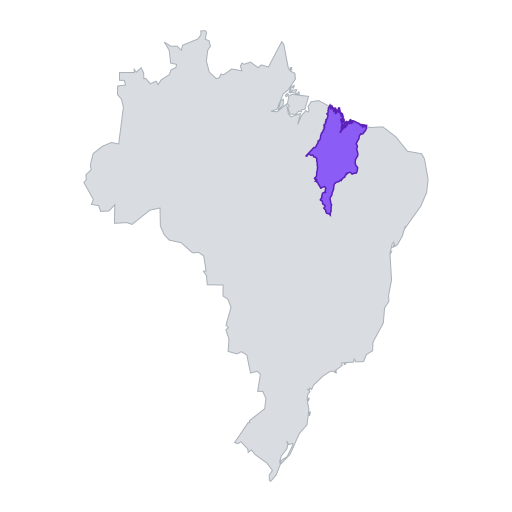 location of Maranhão within Brazil
{"feature_id": "BRA-593", "entity_name": "Maranhão", "entity_type": "State", "adm_level": 1, "iso_a3": "BRA", "parent_name": "Brazil", "parent_adm1": "", "projection": "equal_earth", "projection_center": [-45.076, -5.686], "detail": "fine", "context": "in_parent", "style": "filled", "palette": "violet", "viewbox_px": 512, "rotation_deg": 0, "n_neighbors": 0, "source": "natural_earth", "source_scale": "10m", "svg_char_len": 9688}
<svg xmlns="http://www.w3.org/2000/svg" viewBox="0 0 512 512"><path d="M145.7,78.4L150.4,83.8L156.2,81.2L158.1,84.7L161.3,79.7L169.3,74.7L171.0,70.0L176.1,67.3L176.5,64.3L170.7,63.2L169.2,50.3L164.3,42.1L171.0,46.3L177.0,46.1L181.3,50.2L182.6,45.2L197.7,39.1L201.0,34.8L200.8,30.9L205.3,30.7L206.6,32.6L205.2,39.1L209.1,40.9L210.4,46.2L207.7,50.3L206.4,61.0L209.3,72.2L216.3,78.6L219.4,77.6L221.0,74.0L223.7,74.8L231.7,69.0L241.9,70.8L240.4,66.1L242.0,63.0L244.0,64.3L250.6,62.1L258.1,67.7L261.3,64.9L268.4,67.0L281.7,41.7L283.8,44.3L288.2,67.6L290.4,71.2L294.9,73.2L295.4,79.1L287.8,90.3L283.2,93.9L277.0,109.2L271.0,111.3L277.3,111.7L286.6,104.0L288.4,113.8L290.9,116.8L300.5,113.5L297.7,124.5L301.4,115.7L305.9,110.6L308.0,112.1L309.0,110.5L308.1,106.5L311.1,101.7L318.6,100.6L334.5,109.0L335.7,113.3L337.9,110.3L341.6,113.6L342.6,117.3L340.7,119.8L341.5,121.1L343.5,118.7L344.0,121.0L342.2,123.5L341.0,131.0L343.5,127.9L345.4,122.3L345.7,126.3L352.8,121.1L369.6,127.5L382.9,126.9L396.0,137.0L407.4,151.2L421.7,153.8L424.5,159.0L428.1,179.4L426.6,192.6L420.9,206.0L405.3,227.9L405.3,226.1L402.3,236.1L397.4,244.8L395.2,246.1L393.5,242.2L392.1,244.2L390.0,253.5L391.5,280.1L388.6,295.3L388.9,301.4L384.6,307.8L383.3,323.0L373.0,342.1L372.6,350.8L366.5,354.4L363.6,361.6L355.8,361.9L354.2,359.1L353.6,362.1L341.6,362.9L342.2,365.3L334.6,371.3L330.3,371.3L322.8,376.2L313.4,385.3L311.6,389.6L309.9,387.9L309.3,389.9L307.2,389.0L310.0,391.6L307.8,394.4L307.1,399.1L308.9,409.5L307.0,424.8L299.3,433.6L290.0,454.4L281.0,463.7L280.8,460.6L287.1,456.7L292.6,445.4L292.7,443.4L288.9,444.6L286.6,441.0L287.8,444.6L286.9,448.8L281.4,455.7L279.7,461.2L280.3,464.3L276.3,474.8L270.7,481.3L269.4,480.3L269.2,475.1L272.4,470.4L266.9,463.1L255.1,454.6L251.4,449.9L248.2,452.4L247.8,449.1L241.0,441.7L237.9,443.7L234.6,442.6L248.1,422.6L249.7,422.7L249.4,420.7L264.7,408.7L265.9,398.6L262.8,391.4L257.7,391.4L260.4,374.1L257.1,371.4L250.5,373.0L246.8,354.9L241.2,351.7L237.1,353.9L228.1,351.4L229.0,339.4L225.9,329.8L228.4,327.7L226.0,325.0L231.0,307.3L227.9,299.2L223.0,296.0L223.1,285.0L207.3,284.8L206.5,275.6L203.4,271.2L206.1,271.0L203.7,255.9L198.7,252.4L192.5,252.8L181.1,242.7L169.2,240.1L164.1,234.6L160.4,226.0L160.0,208.0L149.7,210.2L132.1,224.4L126.8,222.6L114.5,223.3L114.8,204.7L108.9,211.0L100.6,211.4L98.7,205.6L91.4,204.4L93.4,199.5L83.9,182.5L86.3,179.6L85.9,174.8L91.2,169.6L90.3,165.3L93.1,153.7L102.2,146.4L111.4,142.5L118.7,144.0L123.4,107.1L121.4,99.0L117.5,94.6L117.7,86.0L125.6,85.1L124.2,80.4L119.5,80.3L119.5,72.6L134.3,72.5L134.1,69.3L136.4,72.1L141.1,67.8L143.6,72.7L143.9,78.8L145.7,78.4ZM292.3,94.3L308.6,96.4L304.8,109.4L301.8,109.7L301.2,111.9L298.8,110.9L296.2,114.2L290.0,114.1L287.8,107.6L289.4,106.0L287.5,103.7L288.8,96.1L292.3,94.3ZM278.3,109.9L280.8,100.6L283.4,99.3L283.2,105.0L278.3,109.9ZM296.8,89.7L295.2,93.2L291.5,92.4L292.1,90.2L296.8,89.7ZM291.2,85.9L290.6,93.0L289.0,92.3L291.2,85.9ZM299.4,94.2L297.0,94.6L296.0,94.0L298.9,91.9L299.4,94.2ZM288.7,94.5L286.3,96.8L285.3,95.6L287.0,93.5L288.7,94.5ZM293.1,88.2L292.0,86.8L294.0,85.3L294.1,86.7L293.1,88.2ZM291.8,69.9L290.5,70.2L290.2,67.6L291.5,67.5L291.8,69.9ZM309.5,415.9L309.0,413.7L310.0,411.8L310.4,412.4L309.5,415.9ZM336.0,370.5L336.3,372.9L334.7,372.4L336.0,370.5ZM308.5,400.6L307.8,399.4L308.9,398.0L309.2,398.6L308.5,400.6ZM343.1,126.3L342.1,129.0L343.1,125.2L343.1,126.3ZM394.3,246.5L392.7,247.3L393.7,245.2L394.3,246.5ZM345.9,363.8L344.3,364.6L344.0,364.2L345.0,363.1L345.9,363.8ZM391.6,251.3L390.9,252.8L390.6,251.8L391.6,251.3ZM338.7,108.0L338.8,109.4L338.4,109.2L338.7,108.0Z" fill="#d9dde1" stroke="#a8b0b8" stroke-width="1"/><path d="M328.6,107.5L329.3,106.7L329.3,107.3L329.5,107.2L329.4,106.5L329.9,105.4L330.1,106.1L329.9,106.5L330.2,106.5L329.8,106.6L329.7,107.1L330.3,107.7L330.9,105.5L331.0,106.0L330.6,106.8L330.6,107.3L330.8,106.7L330.9,107.2L330.6,107.8L330.9,107.5L330.8,108.2L331.0,108.0L331.2,107.2L331.3,107.9L331.1,108.1L331.4,108.7L331.4,108.0L331.7,108.1L332.2,106.4L332.4,106.7L332.1,107.8L332.5,107.2L332.8,108.0L332.6,109.1L333.1,109.0L333.2,108.1L333.5,108.1L333.4,108.7L333.8,108.0L333.7,109.0L334.0,108.5L333.9,109.7L334.9,108.3L334.6,108.3L334.9,108.2L334.9,108.9L334.4,109.1L334.3,110.3L334.1,110.2L334.0,110.3L333.8,110.6L334.1,110.4L334.1,110.8L334.5,110.7L334.5,111.3L334.6,110.2L334.8,109.9L334.7,110.3L335.0,110.0L335.4,108.6L335.7,108.5L335.9,109.7L335.1,110.5L335.5,110.4L335.0,111.4L335.1,111.7L335.2,111.3L335.6,111.7L335.3,113.1L335.7,113.6L336.6,112.8L336.4,111.7L337.1,110.5L337.3,110.8L337.8,110.3L337.8,110.5L337.6,110.5L337.9,110.5L338.0,109.9L338.1,110.4L338.5,110.6L338.6,111.0L338.4,110.9L338.8,111.3L338.4,111.7L338.4,111.9L338.8,111.8L339.0,110.7L339.7,109.8L339.9,110.5L339.3,111.3L339.3,111.9L339.0,111.9L339.3,112.5L339.1,112.6L339.3,112.5L339.6,111.9L339.9,112.4L340.1,112.3L339.9,112.1L340.0,111.5L340.2,112.2L340.3,111.9L340.4,112.1L340.3,113.1L340.6,113.4L340.1,113.8L340.5,113.6L340.6,113.4L340.5,113.1L341.1,113.3L340.2,114.4L340.9,114.1L341.4,114.4L341.6,113.3L342.1,113.6L341.6,114.8L341.9,114.6L342.1,114.8L342.3,114.4L342.3,115.0L342.6,114.6L342.7,114.8L342.2,115.5L342.8,115.4L343.1,116.6L341.9,117.1L343.0,117.2L342.0,118.5L341.7,118.5L342.2,118.6L341.6,119.4L341.1,119.5L341.3,119.8L340.7,119.7L340.1,120.0L341.0,119.8L341.2,120.2L341.5,119.9L341.0,121.4L341.5,120.9L341.5,121.7L341.6,121.8L341.8,119.9L343.0,118.4L343.3,118.4L343.9,119.0L344.2,120.6L343.9,121.4L343.2,121.4L342.9,121.0L342.5,121.3L342.3,121.6L342.9,121.3L342.8,122.6L341.6,123.7L342.6,123.0L341.8,124.9L341.6,126.8L341.3,127.5L341.3,128.5L341.9,128.8L341.9,129.1L341.0,130.6L340.5,130.9L340.7,131.9L340.4,132.1L340.7,132.2L340.8,131.0L341.6,130.7L343.6,127.9L344.2,124.1L344.3,124.5L344.3,122.9L344.6,123.0L344.8,123.5L344.8,122.4L346.7,121.4L347.1,121.9L346.5,122.1L346.8,122.2L346.9,122.7L347.0,122.2L346.9,123.2L346.3,123.7L346.4,123.8L346.2,124.6L345.8,124.9L345.5,124.6L345.6,124.9L344.4,126.0L344.5,126.5L344.6,125.9L344.8,126.6L345.1,125.7L345.4,126.1L345.7,125.7L345.8,126.2L345.4,126.7L345.6,127.0L346.5,125.5L346.8,125.7L346.6,126.2L347.2,124.4L347.6,123.9L347.8,124.1L347.7,123.8L348.0,123.1L348.4,124.2L348.4,123.4L349.6,122.9L349.8,122.3L349.8,123.3L350.4,123.1L350.2,122.6L350.5,122.3L350.3,122.7L350.6,122.6L351.3,123.0L351.4,121.8L351.8,123.1L352.1,122.8L352.2,123.2L352.1,122.4L352.5,122.4L352.1,121.9L352.6,122.1L351.9,121.4L352.1,120.8L352.6,120.7L354.4,121.2L357.8,123.1L358.8,123.3L359.9,124.6L360.7,124.6L360.5,125.2L361.0,125.6L361.3,125.3L362.7,125.7L362.6,126.3L362.9,126.2L362.9,126.6L363.2,126.2L364.3,126.2L364.3,126.5L364.9,126.3L365.5,126.6L365.5,125.8L364.9,125.3L366.6,125.4L366.1,126.6L366.6,128.0L365.4,130.6L364.9,131.3L364.0,131.7L364.1,132.1L363.1,133.7L361.0,134.2L360.6,133.9L359.1,136.5L359.1,137.9L358.6,139.3L357.6,140.7L357.1,142.1L356.2,143.2L356.5,144.8L357.1,145.2L357.4,146.3L357.1,147.7L356.6,148.2L356.8,149.1L356.6,149.6L357.4,151.4L357.9,154.4L357.5,156.3L356.9,157.0L355.7,159.3L355.3,159.6L355.4,160.7L355.2,161.4L355.2,163.2L355.6,164.3L355.5,164.8L356.5,166.3L357.5,167.1L357.6,168.3L357.4,168.6L357.4,169.8L356.8,172.2L356.2,173.1L354.9,173.3L354.4,173.0L352.4,174.1L351.9,174.0L351.2,173.0L350.2,172.4L349.0,172.5L347.9,173.1L347.6,172.9L346.9,173.3L346.8,173.9L346.4,173.8L346.5,174.2L345.9,174.6L345.5,175.7L345.1,176.0L344.7,177.2L343.0,178.1L341.5,179.9L341.2,180.6L340.2,180.2L339.4,181.2L338.5,181.7L336.1,182.4L334.4,183.9L334.2,184.4L333.8,186.2L333.5,189.6L332.1,192.9L332.0,194.4L331.7,194.7L331.8,194.9L331.4,196.0L330.4,197.1L330.0,198.5L330.6,201.7L330.6,203.1L331.5,204.4L331.6,205.0L331.2,205.9L331.0,211.4L330.7,211.7L330.7,212.4L330.2,213.5L330.3,215.1L329.0,213.8L326.8,213.4L325.7,211.5L325.7,210.5L325.5,209.8L323.9,208.4L324.0,207.6L324.5,207.3L325.1,206.1L325.1,205.6L322.7,203.9L322.4,201.7L322.0,200.8L321.5,200.4L320.7,200.4L320.3,199.9L320.5,199.3L321.9,197.5L321.7,196.5L322.5,193.3L323.5,192.6L325.5,192.4L325.0,191.5L325.3,191.1L325.3,189.7L325.7,188.7L325.5,187.4L324.5,186.6L322.1,187.3L321.3,188.1L320.8,188.2L318.9,184.8L318.5,184.6L318.2,183.5L317.4,182.3L316.9,182.2L316.6,181.2L315.8,181.2L316.7,180.5L316.7,179.5L315.8,179.1L315.3,179.6L314.5,178.2L315.0,177.7L315.4,177.8L316.6,175.7L316.7,172.4L317.4,169.8L317.4,168.2L317.7,167.4L317.2,165.3L317.3,162.6L316.7,161.1L316.8,159.2L316.6,158.5L316.2,157.9L314.6,156.9L313.6,156.8L313.3,155.6L313.0,155.3L312.2,155.0L311.2,155.4L309.2,154.2L307.8,154.5L306.8,156.2L306.2,155.9L305.6,156.4L313.9,147.5L315.1,147.6L315.8,146.9L317.0,144.3L317.7,143.4L318.2,141.2L318.4,141.4L320.3,138.9L320.7,135.3L321.2,134.8L321.4,133.3L322.0,132.5L322.5,132.4L323.0,130.9L323.4,130.6L323.3,130.3L323.6,130.3L324.1,128.5L324.1,127.3L324.3,127.4L324.3,127.0L324.7,126.8L323.9,125.4L323.9,125.2L324.4,124.4L325.1,124.2L325.4,123.2L325.9,122.9L325.9,121.5L326.1,121.0L325.8,121.1L326.1,120.5L326.0,119.6L326.5,119.6L327.3,118.3L327.9,115.8L327.9,114.5L327.7,114.2L327.1,114.3L326.9,113.6L327.7,113.3L328.0,112.8L328.2,111.6L328.0,110.5L328.6,108.9L328.3,108.4L328.6,107.5ZM343.1,125.0L342.8,126.6L343.1,126.1L343.0,127.9L342.1,129.2L342.4,127.6L342.3,126.2L342.5,125.5L343.1,125.0ZM350.7,119.7L350.9,120.0L350.6,121.4L349.7,121.6L349.9,120.1L350.7,119.7ZM339.5,108.0L339.6,108.7L339.3,108.4L339.5,108.7L338.9,109.4L338.4,109.3L338.4,108.6L338.5,108.6L338.6,109.0L338.8,107.9L339.5,108.0ZM364.6,125.0L364.7,125.5L364.2,125.7L364.1,125.0L363.4,124.7L364.6,125.0ZM348.8,122.7L348.7,121.7L348.9,121.5L349.0,122.1L349.4,121.8L349.5,122.0L349.4,122.5L349.1,122.7L348.8,122.7ZM362.7,124.9L363.7,125.4L364.1,125.8L362.8,125.4L362.7,124.9ZM350.8,121.2L351.4,121.1L351.1,121.7L350.8,121.2Z" fill="#8b5cf6" stroke="#5b21b6" stroke-width="1.5"/></svg>